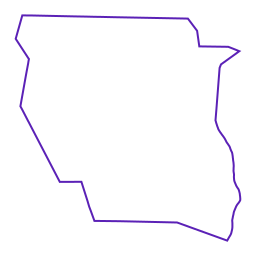 the district of Rosario Vera Peñaloza, La Rioja, Argentina
{"feature_id": "61730980B25026306557945", "entity_name": "Rosario Vera Peñaloza", "entity_type": "district", "adm_level": 2, "iso_a3": "ARG", "parent_name": "Argentina", "parent_adm1": "La Rioja", "projection": "orthographic", "projection_center": [-66.437, -31.455], "detail": "fine", "context": "isolated", "style": "outline", "palette": "violet", "viewbox_px": 256, "rotation_deg": 0, "n_neighbors": 0, "source": "geoboundaries", "source_scale": "gbopen_adm2", "svg_char_len": 1794}
<svg xmlns="http://www.w3.org/2000/svg" viewBox="0 0 256 256"><path d="M183.3,18.5L114.6,17.2L100.9,16.9L94.4,16.8L86.1,16.6L74.7,16.4L32.7,15.5L22.3,15.4L15.7,38.8L28.0,57.7L28.9,59.0L28.4,61.8L28.2,63.2L26.1,74.4L20.4,106.3L22.2,109.6L28.3,121.4L28.5,121.7L31.4,127.3L59.8,181.9L81.4,181.8L87.8,201.9L87.8,202.0L89.2,206.7L90.8,210.9L93.8,219.2L94.0,219.7L94.4,220.9L119.5,221.2L128.9,221.4L142.0,221.7L177.1,222.5L227.2,240.6L228.1,239.0L228.7,237.9L229.4,236.7L230.1,235.6L230.7,234.5L231.2,233.3L231.5,232.1L231.8,230.8L232.1,229.5L232.3,228.2L232.4,227.0L232.4,225.7L232.4,224.4L232.4,223.1L232.3,221.8L232.2,220.5L232.4,219.2L232.7,217.9L232.9,216.6L233.2,215.4L233.5,214.1L233.7,212.8L234.0,211.6L234.5,210.4L235.0,209.2L235.5,208.0L236.0,206.8L236.6,205.6L237.3,204.5L238.1,203.5L238.9,202.5L239.6,201.4L240.2,200.3L240.3,199.0L240.2,197.7L240.1,196.4L239.9,195.1L239.8,193.8L239.5,192.5L239.2,191.3L238.8,190.0L238.3,188.9L237.5,187.8L236.8,186.7L236.2,185.6L235.7,184.4L235.2,183.2L234.7,182.0L234.3,180.8L234.1,179.5L234.0,178.2L233.9,176.9L234.0,175.6L234.0,174.3L233.8,173.0L233.6,171.8L233.5,170.5L233.6,169.2L233.6,167.9L233.7,166.6L233.7,165.3L233.6,164.0L233.5,162.7L233.3,161.4L233.1,160.1L233.0,158.8L232.8,157.5L232.7,156.2L232.5,155.0L232.3,153.7L232.0,152.4L231.4,151.3L230.9,150.1L230.4,148.9L230.0,147.6L229.5,146.4L228.8,145.4L228.1,144.3L227.3,143.2L226.6,142.2L226.0,141.0L225.4,139.8L224.8,138.7L224.1,137.6L223.4,136.6L222.6,135.5L221.8,134.5L221.1,133.4L220.3,132.4L219.6,131.3L218.9,130.2L218.3,129.1L217.9,127.8L217.4,126.6L217.0,125.4L216.6,124.1L216.2,122.9L215.9,121.7L215.5,120.4L216.5,108.1L219.6,67.9L221.0,64.4L239.3,51.2L235.4,49.6L229.8,47.4L228.2,46.8L199.3,46.4L197.1,30.8L187.9,18.6L183.3,18.5Z" fill="none" stroke="#5b21b6" stroke-width="2"/></svg>